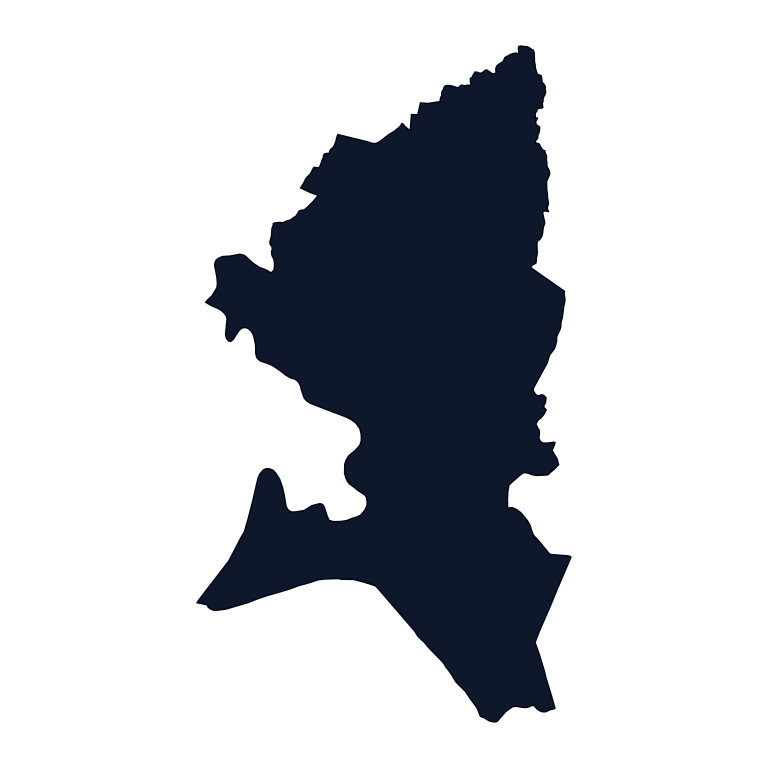 outline of Long Dien, Bà Rịa - Vũng Tàu, Vietnam
{"feature_id": "81297802B9398077823445", "entity_name": "Long Dien", "entity_type": "district", "adm_level": 2, "iso_a3": "VNM", "parent_name": "Vietnam", "parent_adm1": "Bà Rịa - Vũng Tàu", "projection": "robinson", "projection_center": [107.23, 10.446], "detail": "fine", "context": "isolated", "style": "filled", "palette": "ink", "viewbox_px": 768, "rotation_deg": 0, "n_neighbors": 0, "source": "geoboundaries", "source_scale": "gbopen_adm2", "svg_char_len": 6061}
<svg xmlns="http://www.w3.org/2000/svg" viewBox="0 0 768 768"><path d="M205.7,302.3L212.1,305.9L218.2,308.5L221.5,310.5L224.6,313.5L226.6,316.5L227.1,319.4L225.6,334.2L226.6,338.6L228.8,341.1L230.8,341.3L233.2,339.3L238.8,330.6L241.6,328.2L244.3,327.5L246.9,327.8L249.3,329.3L251.4,331.4L253.2,334.4L254.2,337.8L255.5,344.2L255.8,347.6L255.7,353.1L256.8,357.5L258.6,359.4L260.6,361.0L268.8,363.8L272.6,365.5L280.5,370.9L286.2,375.3L290.7,377.9L294.5,378.9L296.6,380.2L298.5,382.1L300.6,386.0L301.3,389.5L304.3,398.2L306.9,401.0L310.3,403.2L328.0,410.1L345.6,416.7L351.4,419.6L356.1,423.2L359.9,428.6L361.1,433.6L361.4,437.4L361.3,440.9L359.9,445.3L355.3,450.4L348.9,455.7L346.4,459.6L344.8,464.1L344.6,473.3L346.0,478.2L347.5,481.4L349.4,483.8L354.2,487.3L357.8,490.3L364.7,494.8L365.8,496.1L366.7,498.2L367.2,502.1L367.1,505.3L365.0,510.0L360.8,515.2L356.5,517.1L351.1,518.8L346.8,520.6L340.9,521.5L334.7,521.7L331.5,521.3L328.9,520.1L326.9,515.5L324.6,508.1L323.3,505.3L321.5,504.0L319.3,503.8L311.9,505.7L304.0,510.6L296.2,511.9L291.9,512.1L289.4,511.1L287.4,509.1L285.9,505.9L284.2,495.3L282.5,487.6L279.8,479.7L276.1,473.6L272.8,470.1L269.1,468.8L266.4,468.7L263.5,469.8L259.7,474.3L258.0,478.3L252.7,501.3L247.8,520.3L244.3,532.1L241.6,536.5L228.9,560.9L198.7,600.2L197.1,602.7L206.9,604.7L208.4,607.3L210.6,609.0L213.3,610.1L215.6,610.3L222.8,609.5L226.4,608.9L247.8,602.6L256.2,599.3L266.2,595.8L288.6,589.3L298.3,585.7L308.1,583.0L318.1,579.8L324.2,579.0L338.4,578.5L340.9,579.2L353.5,579.4L364.4,582.2L375.6,585.9L378.7,589.2L415.1,631.5L417.3,635.2L418.7,637.1L424.6,642.5L428.2,647.1L442.8,662.0L444.6,664.5L445.7,666.8L447.5,668.9L451.7,674.6L455.0,680.4L456.6,682.6L465.4,691.3L470.6,699.1L476.1,706.4L477.9,709.6L480.2,715.7L480.9,716.5L484.2,717.7L489.0,720.7L491.8,721.5L494.5,721.9L496.4,721.6L497.3,721.2L505.6,711.6L509.4,708.8L512.3,706.9L514.1,706.4L516.9,706.3L521.6,707.2L524.9,707.5L527.8,707.2L531.1,705.8L532.8,705.3L534.4,705.9L537.4,709.3L540.0,710.8L541.8,711.6L543.9,711.8L545.7,711.7L550.8,709.4L553.3,709.0L554.9,708.2L551.6,696.4L545.9,677.8L544.4,671.3L539.3,654.5L535.0,642.5L539.2,631.5L550.2,606.3L557.1,589.4L570.9,557.3L570.8,556.9L569.9,556.3L567.8,555.9L550.5,554.5L549.2,553.7L540.2,542.7L535.4,537.3L533.4,535.3L531.9,531.4L529.9,525.0L527.0,520.2L521.0,512.9L516.5,509.6L512.1,507.6L509.3,507.9L507.6,508.6L507.4,498.8L507.8,491.5L508.8,485.2L512.3,481.8L522.2,473.3L524.3,472.5L527.1,472.9L533.2,474.9L537.3,475.4L547.3,474.9L548.7,474.1L550.0,472.6L553.8,469.5L558.6,464.6L557.7,462.1L557.6,460.9L557.0,458.9L551.9,450.3L553.1,448.0L554.6,444.0L554.9,442.5L553.5,442.3L548.9,443.0L544.2,443.2L542.2,442.8L540.2,441.3L538.8,438.3L539.4,433.2L539.1,430.1L537.8,428.3L536.1,424.8L536.0,423.7L537.8,420.4L541.7,417.0L544.1,413.9L546.1,409.8L543.8,407.4L543.9,405.4L545.4,402.7L546.0,397.8L543.4,395.2L541.2,394.8L539.5,395.8L537.5,395.8L535.4,394.3L533.4,391.2L533.0,389.9L533.4,388.1L547.2,362.8L549.4,355.2L553.5,349.8L554.4,348.5L554.9,347.2L556.5,341.6L556.6,337.1L557.2,335.2L560.0,329.4L560.7,326.9L561.0,322.0L562.3,317.5L563.6,307.1L564.9,300.5L564.8,297.9L564.1,294.4L564.3,291.2L531.0,267.9L530.8,267.5L531.1,266.6L532.2,265.3L533.1,264.4L535.7,263.3L536.1,262.2L536.4,257.5L537.1,254.4L537.2,252.3L536.9,243.6L537.2,242.0L538.0,240.6L539.6,239.6L540.4,238.5L541.8,236.2L542.4,234.3L543.2,227.5L544.6,223.7L544.6,222.0L542.9,214.5L542.7,213.0L543.0,211.8L543.5,210.8L548.4,211.4L547.3,208.8L547.3,207.0L548.2,204.6L548.4,203.4L547.3,196.6L547.4,195.2L547.2,192.6L546.7,190.5L546.5,181.5L549.2,175.3L549.7,173.1L549.3,171.0L547.3,167.1L546.7,165.1L546.9,162.1L546.2,160.5L546.6,156.1L545.3,153.5L544.7,150.7L542.5,150.1L542.1,149.0L540.4,146.8L539.4,144.3L538.7,143.8L536.2,143.2L535.3,142.1L535.5,140.6L537.2,138.9L537.6,138.2L537.9,134.9L539.2,132.0L539.6,127.9L539.6,127.0L539.2,126.6L537.7,125.9L536.0,124.2L535.6,121.6L537.3,118.5L537.2,118.0L535.8,117.9L535.3,117.4L535.1,112.9L536.6,111.4L537.2,109.4L538.5,108.4L539.9,107.8L541.5,108.1L542.2,107.9L542.7,107.3L542.3,103.2L542.9,101.6L543.1,98.8L543.8,96.5L544.9,94.8L545.2,93.2L545.6,92.2L545.6,91.2L544.9,88.7L545.3,87.7L545.3,86.8L544.8,85.5L543.4,83.6L542.1,82.5L541.4,76.6L541.0,75.8L539.8,75.1L538.0,74.9L536.9,73.4L535.2,67.6L535.2,65.1L534.5,62.3L534.1,52.6L533.3,50.2L531.5,49.5L529.5,47.9L527.5,46.9L520.6,46.1L518.9,46.5L518.4,47.8L518.8,51.5L518.8,52.7L518.5,53.6L518.2,53.9L517.4,53.8L516.1,53.0L512.8,53.8L510.6,54.4L504.8,57.7L503.5,61.0L502.4,62.1L498.8,64.3L497.1,65.7L496.7,66.5L496.1,67.6L495.9,69.0L496.0,73.1L492.9,74.2L486.7,70.0L485.0,70.5L482.4,72.7L481.6,73.1L479.5,73.2L476.7,72.2L475.0,72.1L473.1,75.2L472.2,77.3L470.4,78.4L470.5,82.0L471.4,85.4L467.7,85.2L464.9,85.8L461.0,85.2L458.5,87.7L457.8,87.8L451.2,85.8L447.2,85.5L445.1,86.1L444.3,86.8L443.1,90.2L442.0,91.6L441.8,95.8L440.6,97.7L440.2,101.2L439.5,101.7L428.2,103.5L420.5,103.0L417.8,114.8L411.5,114.6L410.4,128.6L410.6,130.0L409.3,130.0L407.0,128.3L404.2,125.7L403.2,124.1L402.1,123.6L401.7,123.8L400.7,125.8L399.7,126.8L395.2,130.7L388.3,135.0L380.5,141.1L376.2,143.5L372.0,143.4L366.9,141.7L337.9,134.6L337.0,136.8L335.7,142.3L333.4,147.1L330.1,150.2L329.3,153.1L328.7,153.4L326.2,153.5L324.6,154.0L323.8,155.0L323.3,157.5L319.7,166.9L318.6,167.7L317.1,167.8L314.8,167.3L313.9,167.5L313.4,168.1L310.3,174.1L307.9,176.3L305.8,178.8L303.3,184.0L300.6,187.9L310.2,192.4L316.9,194.8L318.1,195.6L313.4,201.3L307.3,207.3L304.4,209.8L300.6,210.5L299.0,211.2L297.9,213.3L295.9,216.3L293.7,217.5L290.6,219.9L285.9,221.4L283.0,222.7L279.5,222.5L274.4,223.1L273.4,223.5L273.1,226.2L272.3,227.4L271.9,229.6L271.5,236.1L270.0,241.7L270.0,243.8L271.6,246.2L272.2,247.7L272.4,249.7L271.7,250.8L271.6,253.4L272.1,255.7L273.7,258.9L274.5,262.4L274.4,268.2L273.8,270.3L272.1,272.3L270.5,272.6L265.9,269.9L259.3,267.4L253.1,263.3L245.3,256.1L243.4,255.1L239.7,254.3L230.1,256.1L222.4,256.6L218.7,258.2L216.2,260.2L215.2,262.1L214.7,265.2L216.8,276.3L217.4,282.2L217.4,284.6L216.9,287.8L212.1,295.8L207.2,300.4L205.7,302.3Z" fill="#0f172a" stroke="#020617" stroke-width="1.5"/></svg>